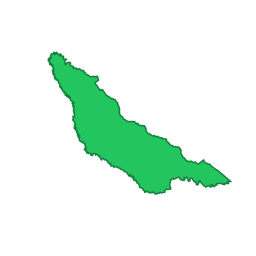 Sorriso, Mato Grosso, Brazil (Natural Earth projection), rotated 322°
{"feature_id": "56859067B91584289010880", "entity_name": "Sorriso", "entity_type": "district", "adm_level": 2, "iso_a3": "BRA", "parent_name": "Brazil", "parent_adm1": "Mato Grosso", "projection": "natural_earth1", "projection_center": [-55.676, -12.694], "detail": "fine", "context": "isolated", "style": "filled", "palette": "green", "viewbox_px": 256, "rotation_deg": 322, "n_neighbors": 0, "source": "geoboundaries", "source_scale": "gbopen_adm2", "svg_char_len": 5830}
<svg xmlns="http://www.w3.org/2000/svg" viewBox="0 0 256 256"><g transform="rotate(322 128 128)"><path d="M100.4,53.8L99.8,53.3L99.6,53.7L100.2,54.8L100.3,55.7L99.6,55.9L99.5,56.4L100.2,56.7L99.3,59.1L99.7,59.6L99.5,60.6L100.3,60.5L100.5,60.9L99.8,61.8L99.3,61.9L100.0,62.8L99.9,63.4L99.1,63.7L100.5,64.7L100.1,65.4L100.6,65.7L99.8,66.2L99.9,66.5L100.6,66.3L101.2,66.6L101.4,67.7L101.4,68.0L100.0,67.9L100.6,69.5L99.9,70.3L99.9,71.1L100.2,71.7L100.1,72.5L100.7,72.9L100.9,74.8L100.1,75.0L100.1,73.9L99.2,74.2L99.2,74.9L99.9,75.3L98.0,76.5L98.7,78.1L97.5,78.4L96.2,80.5L95.5,80.9L95.6,82.1L94.6,82.7L94.9,83.4L93.5,85.1L92.0,86.4L91.7,86.3L91.5,85.5L90.5,87.3L89.8,87.3L89.3,88.2L89.8,89.4L89.0,91.2L89.3,92.5L88.3,93.2L87.6,92.8L87.2,94.3L86.3,94.4L87.0,95.9L85.5,95.4L85.3,95.7L85.9,96.8L85.6,98.1L86.2,98.5L85.4,99.2L85.5,100.0L84.8,100.0L85.0,101.5L85.4,102.0L85.1,102.4L84.2,102.1L83.9,102.4L84.4,103.2L83.6,103.6L83.7,104.0L84.6,104.4L83.3,104.8L83.1,105.1L83.8,105.8L83.3,106.0L82.3,107.4L82.2,109.2L83.3,110.7L82.9,111.3L84.0,112.1L83.8,113.3L84.5,114.3L83.1,115.6L83.3,116.8L81.9,117.5L82.1,118.5L80.6,118.0L80.7,118.8L81.3,119.0L80.4,119.8L81.1,120.9L81.2,122.0L80.5,121.8L80.1,122.1L80.4,122.7L81.2,123.1L81.3,123.8L82.0,123.8L82.5,124.6L82.1,126.5L82.8,127.5L83.3,127.8L83.8,127.0L83.2,126.9L84.0,126.3L84.8,126.9L85.6,127.0L86.2,128.0L85.9,129.1L87.1,128.7L87.4,129.4L87.1,130.3L87.7,132.4L88.5,132.5L88.7,132.9L88.0,133.3L87.8,135.1L87.3,136.3L87.5,136.7L88.1,136.0L89.0,136.5L89.7,136.5L89.8,138.6L91.2,139.4L91.1,140.8L91.6,141.9L91.0,142.7L91.0,143.4L91.6,144.1L91.3,145.0L92.4,145.2L91.2,147.5L93.3,149.1L93.3,149.6L92.7,150.1L94.4,150.5L94.8,151.1L94.6,152.1L94.9,151.7L95.8,152.3L95.9,153.7L96.8,154.6L96.8,155.9L98.2,157.8L98.3,160.2L98.9,160.5L99.6,161.9L99.3,166.5L99.5,166.8L99.9,166.8L100.1,166.1L101.1,166.2L100.7,167.5L101.0,167.3L101.5,168.2L101.3,169.7L100.9,169.8L101.1,170.2L100.9,171.2L101.3,172.1L100.7,172.2L100.5,172.6L101.6,173.4L101.6,175.0L102.0,175.2L101.3,176.6L102.1,178.9L101.7,179.4L101.2,181.6L100.6,181.9L102.0,184.0L102.4,185.1L101.7,186.5L102.5,187.7L101.7,188.8L102.8,189.5L103.7,189.4L105.0,191.6L104.7,191.8L104.9,192.2L105.8,192.4L105.9,192.8L107.0,193.4L107.0,193.9L108.0,193.5L108.3,193.7L108.8,195.0L108.8,196.8L110.1,197.6L111.1,197.3L111.6,198.2L112.4,198.5L113.5,198.4L114.8,200.1L116.4,200.5L117.2,201.2L117.5,201.3L118.8,199.9L119.7,199.7L123.5,202.2L124.2,202.2L125.1,200.9L125.1,199.9L125.9,198.4L128.6,196.2L129.3,195.1L130.4,195.4L131.9,195.1L132.6,196.6L137.5,197.7L137.8,198.3L137.6,201.0L139.5,203.5L140.8,203.8L141.6,202.6L141.0,202.6L141.1,202.2L142.0,201.7L142.9,202.9L143.6,202.8L144.2,203.2L143.5,205.7L142.9,206.4L142.9,207.0L143.8,207.8L144.6,207.5L145.2,206.4L146.7,206.5L147.5,207.1L147.1,210.9L147.6,212.0L148.3,212.2L148.4,212.6L147.3,214.1L147.1,214.9L147.3,215.3L148.5,215.6L149.3,215.3L151.0,213.4L152.0,213.8L152.1,214.2L151.5,214.7L152.0,215.9L152.2,220.1L152.8,221.1L152.8,222.2L156.5,223.3L156.5,225.2L157.1,225.5L158.1,225.4L158.4,224.5L159.0,223.9L159.6,224.9L158.9,225.9L160.2,227.5L161.2,226.8L162.6,227.5L162.9,226.5L163.7,226.3L164.7,227.5L165.6,227.6L166.5,228.5L167.2,228.6L167.9,230.5L168.7,231.5L169.6,230.9L169.6,232.0L171.5,231.9L172.6,233.5L173.2,233.4L173.1,232.4L173.8,231.9L175.9,233.3L172.6,216.6L171.5,214.5L170.9,211.4L170.2,210.5L170.3,207.6L169.7,206.4L169.0,206.1L168.7,204.9L167.5,203.2L167.5,201.3L167.9,199.8L161.1,199.7L160.6,199.0L160.1,196.5L159.8,196.0L158.2,195.7L157.6,193.5L156.7,192.4L155.4,192.4L155.1,192.0L153.8,189.0L154.0,187.0L153.4,184.6L154.2,180.4L156.2,177.9L156.4,174.7L152.0,170.0L152.1,169.2L150.9,167.7L150.9,165.2L150.6,164.7L150.9,164.4L150.2,162.8L151.1,160.9L151.1,160.0L149.2,158.4L148.7,157.6L148.7,156.7L147.3,155.5L146.4,153.8L146.4,153.1L146.0,153.2L145.3,152.5L144.2,151.0L144.2,150.2L143.7,150.3L142.4,149.2L141.4,145.9L140.4,145.0L140.4,141.5L141.9,139.3L141.7,138.6L142.3,137.4L141.9,136.4L142.1,136.2L140.1,134.3L139.7,134.4L139.1,133.3L138.4,132.9L138.2,132.3L138.7,130.7L138.3,130.2L137.4,130.0L136.9,126.8L131.8,122.8L130.1,118.1L130.0,116.9L130.5,116.0L129.8,113.8L130.1,111.3L130.8,110.8L131.7,109.1L132.4,108.8L133.2,107.6L134.2,104.5L134.0,104.1L135.3,101.8L134.9,99.6L135.3,98.1L133.5,94.9L132.9,94.6L132.6,92.5L131.8,91.3L131.7,90.2L131.2,89.4L130.9,87.9L131.3,85.8L131.3,83.4L131.0,83.1L131.5,82.5L130.6,81.2L129.2,81.4L129.1,80.9L129.6,75.1L129.5,73.2L129.5,72.6L130.5,71.9L133.2,72.3L134.2,72.1L135.7,68.5L134.8,67.9L134.0,67.7L132.1,65.7L130.1,65.0L129.0,61.6L128.0,59.8L128.3,58.0L127.7,56.6L128.3,56.0L128.3,55.4L126.6,53.7L126.4,52.0L126.0,51.2L123.7,50.6L124.2,49.9L124.1,49.1L123.2,48.6L122.9,47.6L121.7,47.4L121.7,46.9L122.6,46.1L122.7,45.6L121.0,43.4L122.8,41.3L122.7,40.8L121.4,39.5L119.6,39.1L118.6,39.6L117.8,39.5L117.8,38.5L119.0,37.0L120.1,36.3L121.7,35.9L121.6,35.5L119.7,34.3L119.5,33.9L121.3,31.8L118.7,28.9L118.8,28.1L120.4,29.1L120.5,28.8L120.2,28.0L119.0,27.6L118.0,25.7L118.2,25.3L117.2,25.5L117.0,25.0L117.7,24.4L116.8,24.2L115.6,24.9L113.7,22.6L113.1,22.5L112.1,23.0L110.9,24.3L109.5,24.4L109.4,24.9L110.3,25.5L110.0,25.8L108.7,25.6L107.9,24.6L107.4,25.2L108.0,26.7L106.9,25.8L106.6,25.9L107.1,29.2L106.8,29.5L106.0,28.7L105.5,29.5L105.8,30.6L107.2,31.5L107.4,32.3L106.9,32.6L106.5,32.0L106.4,32.4L105.9,33.8L106.0,35.8L105.2,36.5L104.4,35.9L104.0,36.0L103.5,36.9L104.0,37.7L102.5,38.4L102.2,40.1L103.1,39.8L102.9,40.7L102.4,40.8L102.1,41.3L102.1,43.1L101.0,43.1L101.1,44.1L100.8,44.4L101.4,44.7L101.9,45.9L102.0,46.3L101.3,46.2L102.1,47.6L101.7,48.8L101.0,49.4L101.4,51.4L100.2,52.7L100.4,53.8ZM101.3,169.7L102.3,169.2L102.6,169.5L102.3,170.4L101.7,170.2L101.3,169.7ZM115.2,24.1L116.4,23.7L116.3,22.8L115.7,22.9L115.7,23.7L115.2,24.1ZM100.1,65.4L99.4,64.7L99.2,65.2L99.5,65.4L100.1,65.4Z" fill="#22c55e" stroke="#15803d" stroke-width="1.5"/></g></svg>